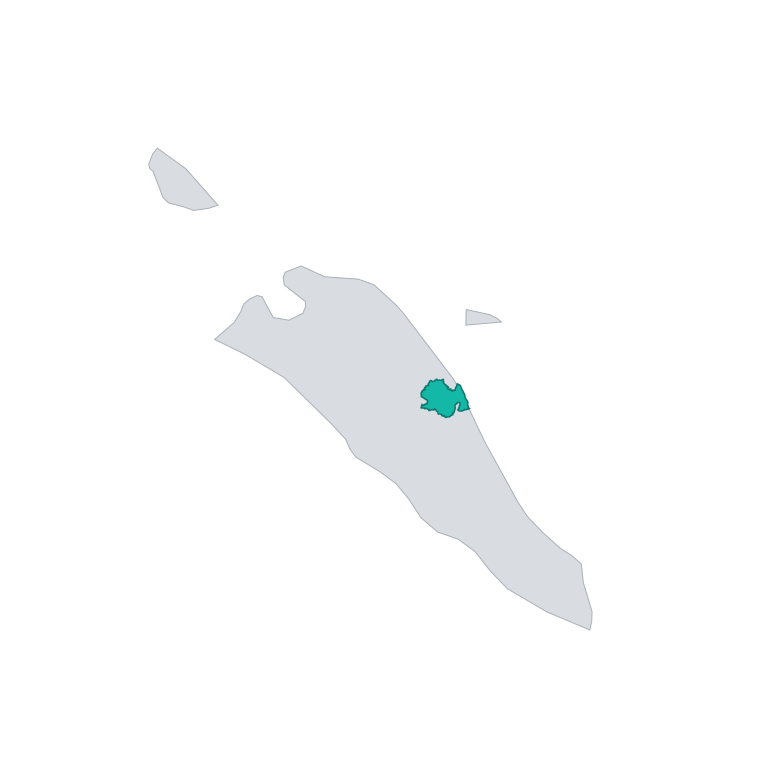 Laclo, Manatuto, East Timor shown in context, rotated 64°
{"feature_id": "22284137B24782951850467", "entity_name": "Laclo", "entity_type": "district", "adm_level": 2, "iso_a3": "TLS", "parent_name": "East Timor", "parent_adm1": "Manatuto", "projection": "albers", "projection_center": [125.887, -8.591], "detail": "fine", "context": "in_parent", "style": "filled", "palette": "teal", "viewbox_px": 768, "rotation_deg": 64, "n_neighbors": 0, "source": "geoboundaries", "source_scale": "gbopen_adm2", "svg_char_len": 6540}
<svg xmlns="http://www.w3.org/2000/svg" viewBox="0 0 768 768"><g transform="rotate(64 384 384)"><path d="M269.7,516.7L263.0,491.6L256.0,480.8L250.5,474.7L248.6,467.0L248.9,459.1L252.2,455.4L275.7,454.4L285.0,441.5L284.9,425.9L280.2,420.7L275.6,418.5L251.3,430.2L244.4,428.1L240.2,423.9L241.6,406.7L261.5,390.5L278.4,361.3L290.3,349.6L318.0,338.6L329.2,335.5L410.0,319.4L429.3,318.3L480.4,318.8L548.9,315.4L565.9,313.2L587.9,306.2L609.2,297.4L620.4,290.5L632.3,285.6L649.9,291.9L679.8,296.8L687.8,301.0L695.3,306.8L660.4,337.4L622.3,362.8L598.8,370.4L574.5,375.6L556.0,385.4L540.4,400.8L520.4,409.4L497.9,412.3L478.7,416.9L461.3,426.0L437.1,441.5L427.3,443.1L416.9,442.7L396.8,448.7L334.4,470.9L296.7,495.7L269.7,516.7ZM72.7,484.4L103.5,467.8L150.5,454.9L149.3,464.2L144.6,478.9L137.5,485.8L126.8,498.2L119.7,500.9L91.5,498.3L87.9,500.1L83.1,498.9L75.8,491.0L72.7,484.4ZM379.7,251.3L367.0,284.6L353.1,277.5L367.8,258.8L374.9,253.3L379.7,251.3Z" fill="#d9dde1" stroke="#a8b0b8" stroke-width="1"/><path d="M443.4,317.9L443.0,318.1L442.6,318.5L442.4,318.6L441.9,318.5L441.5,318.4L441.4,318.2L440.9,318.2L440.5,318.0L440.3,318.1L439.9,318.0L439.6,318.1L438.9,317.9L438.7,317.7L438.4,317.2L437.9,316.9L437.6,316.7L437.4,316.8L437.0,316.9L436.7,316.7L436.0,316.4L435.5,316.7L435.0,316.8L434.3,316.7L434.2,316.9L433.6,316.9L433.1,317.1L432.1,316.9L431.7,316.8L431.3,316.8L430.7,316.7L429.9,316.7L429.4,316.2L428.7,316.1L428.2,316.2L427.8,316.1L427.7,316.2L427.3,316.1L427.2,316.2L426.7,316.5L426.4,316.6L426.0,316.4L425.6,316.3L425.2,316.1L425.0,316.3L424.6,316.3L424.1,316.4L423.4,316.3L422.5,316.3L422.0,316.2L421.7,316.3L419.1,316.1L418.8,316.0L418.7,316.2L417.7,316.8L417.4,316.8L417.3,317.0L416.9,317.4L415.9,318.1L416.2,318.3L416.3,318.5L416.7,318.7L416.9,318.9L417.4,319.2L417.5,319.4L418.0,320.0L418.3,320.2L418.4,320.8L418.8,320.9L418.8,321.3L419.6,321.8L420.2,322.3L420.9,322.7L420.8,323.2L420.4,323.3L420.1,323.8L420.2,324.0L420.3,324.2L420.1,324.5L420.1,324.9L420.2,325.0L420.4,325.1L420.4,325.3L420.0,325.3L419.6,325.4L419.8,325.7L419.7,326.1L419.0,326.3L419.0,326.6L418.8,326.7L418.7,326.9L418.3,327.0L418.2,327.3L418.0,327.2L417.6,326.6L417.5,327.0L417.4,327.1L417.3,327.9L417.1,328.0L417.0,328.3L416.9,328.4L416.5,328.5L416.4,328.8L415.9,328.7L415.7,328.4L415.5,327.9L415.2,327.5L414.7,327.5L414.5,328.5L414.4,328.7L414.2,328.5L413.7,328.5L413.9,328.3L413.9,328.2L413.7,328.1L413.4,328.4L413.2,328.3L413.0,328.5L412.5,328.6L412.4,328.9L412.0,328.8L411.7,329.1L411.7,329.3L411.3,329.3L411.1,329.5L410.6,329.5L410.4,329.6L409.7,329.8L409.6,330.0L409.2,330.1L409.0,329.9L408.8,329.9L408.6,330.0L408.1,329.8L408.0,329.3L407.6,329.2L406.7,329.3L406.3,329.1L406.1,328.7L405.9,328.7L406.0,329.2L405.9,329.5L405.6,329.7L405.7,330.6L405.6,330.9L405.6,331.2L405.5,331.6L405.2,331.9L405.0,332.2L404.8,332.4L404.7,332.8L404.5,333.2L404.4,334.0L404.2,334.2L403.1,334.3L402.8,334.5L402.7,334.7L403.0,335.6L403.1,336.1L403.0,336.4L403.2,336.5L403.2,336.9L403.4,337.2L403.4,337.5L403.6,337.8L403.5,338.0L403.3,338.2L403.3,338.3L403.3,338.5L403.1,338.9L403.1,339.3L402.7,339.7L401.9,339.9L401.8,340.0L401.5,340.3L401.3,340.5L401.3,341.2L401.7,341.5L401.8,342.0L402.1,342.2L402.1,342.3L402.3,342.4L402.4,342.6L402.5,342.7L402.9,343.1L403.0,343.3L402.9,343.4L402.9,343.7L403.4,344.0L403.5,344.1L403.5,344.3L403.9,344.4L404.0,344.6L404.4,344.7L404.8,344.8L404.6,345.2L404.5,345.5L404.4,345.5L404.3,345.9L404.3,346.6L404.2,347.1L404.2,347.3L404.8,347.6L404.9,347.8L405.0,348.3L405.0,348.5L405.0,348.9L405.1,349.0L405.4,348.9L405.5,349.1L405.5,349.6L405.7,349.8L405.9,349.8L406.0,349.9L406.3,349.9L406.8,349.9L407.1,349.7L407.1,349.9L406.9,350.1L406.7,350.3L406.6,350.5L406.6,351.0L406.8,351.6L406.8,352.2L406.8,352.3L406.9,352.5L407.0,352.7L407.2,352.9L407.3,353.0L407.6,353.0L407.5,353.4L408.0,353.7L408.2,354.0L408.3,354.2L408.3,354.4L408.5,354.7L408.9,354.9L409.4,355.0L410.2,355.3L410.3,355.3L410.5,355.1L410.9,355.2L411.1,355.4L411.2,355.8L411.8,356.0L411.9,355.6L412.1,355.3L412.5,355.3L413.1,355.0L415.5,353.5L416.2,353.4L416.3,353.3L416.5,352.8L416.9,352.5L417.5,352.2L417.8,352.2L418.1,352.3L418.7,352.1L418.8,352.2L419.2,352.8L419.3,353.3L419.8,353.5L420.3,353.5L420.7,353.7L420.8,354.0L420.5,354.8L420.5,355.0L420.4,355.2L420.5,355.3L420.4,355.4L420.1,355.8L420.1,356.4L420.2,356.7L420.1,356.9L420.3,357.1L420.6,357.7L420.6,357.9L420.6,358.0L420.1,358.3L420.0,358.6L419.6,358.7L419.8,358.8L419.6,359.3L419.8,359.4L419.9,359.7L420.6,359.9L420.8,360.2L421.1,360.5L421.2,360.8L421.7,361.1L421.8,361.1L422.1,360.8L422.2,359.9L422.4,359.7L422.7,359.4L423.1,359.0L423.3,358.5L423.6,358.2L423.9,358.0L424.3,358.0L424.3,357.7L424.2,357.2L424.4,356.5L425.2,356.1L425.6,355.7L426.1,355.5L426.7,354.9L427.0,354.9L427.3,355.0L427.5,355.2L427.8,354.6L427.6,354.5L427.5,354.2L427.7,353.7L427.8,353.6L427.8,353.1L428.0,352.7L428.3,352.1L428.6,351.8L428.7,351.4L429.0,351.1L429.0,350.9L428.8,350.8L429.0,350.5L429.0,350.4L428.9,350.2L428.7,350.2L428.5,349.9L428.8,349.9L428.5,349.5L428.5,349.4L428.8,349.2L428.9,349.4L429.0,349.2L429.3,349.0L429.7,348.7L430.4,348.7L430.9,348.8L431.4,348.7L431.7,348.5L432.2,347.9L432.3,347.9L433.0,348.0L433.4,348.0L433.9,348.3L434.6,348.4L435.0,348.3L435.0,348.0L435.0,347.6L435.1,347.2L435.4,346.7L435.9,346.4L436.0,346.3L436.1,346.0L436.6,345.8L437.2,345.7L437.2,345.9L437.3,345.9L438.1,345.8L438.4,345.4L438.1,344.8L438.3,344.6L438.6,344.6L438.6,344.3L438.8,344.1L439.1,344.2L439.3,344.1L439.3,343.9L439.0,343.8L439.0,343.7L439.4,343.5L439.5,343.5L439.7,343.9L440.0,343.7L440.6,343.6L441.2,343.1L441.3,342.9L441.2,342.2L441.3,341.6L441.5,340.9L442.2,339.6L442.3,339.3L442.2,338.9L441.6,338.2L441.5,337.8L441.6,337.3L441.9,336.9L441.7,336.6L441.7,336.3L441.5,335.8L441.7,335.5L441.6,335.4L441.3,335.3L441.0,335.3L440.7,335.2L440.0,335.1L440.1,334.7L440.3,334.6L440.5,334.6L440.6,334.1L439.4,332.7L437.1,330.7L436.9,330.5L436.8,330.3L436.4,330.2L434.8,330.1L434.6,329.9L434.2,329.5L434.2,329.0L433.7,328.3L433.7,327.8L433.4,327.5L433.6,327.1L433.6,326.9L433.1,326.6L433.0,325.8L433.5,324.3L434.0,324.1L434.9,324.2L435.1,324.4L435.2,324.7L435.3,324.8L436.1,325.0L436.4,325.0L436.7,325.1L436.8,325.8L436.9,326.0L437.3,326.3L437.7,326.8L437.8,326.9L438.4,327.0L438.5,327.1L438.7,327.8L439.4,328.0L439.6,328.2L439.7,328.4L439.6,328.9L439.6,329.0L439.8,329.0L440.9,328.4L441.2,328.2L441.5,327.7L441.7,327.0L442.4,326.0L442.5,325.6L442.6,323.1L442.3,322.9L442.2,322.7L442.6,322.1L443.2,321.3L443.1,320.4L443.1,320.1L443.2,319.8L443.6,319.4L443.4,318.8L443.4,317.9Z" fill="#14b8a6" stroke="#0f766e" stroke-width="1.5"/></g></svg>